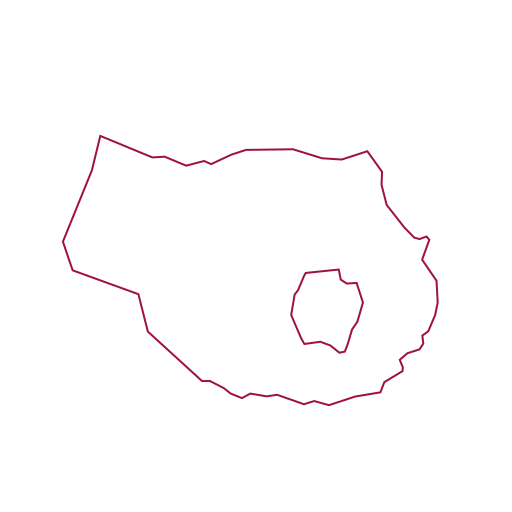 Tahoua, Tahoua, Niger (Robinson projection), rotated 21°
{"feature_id": "23599985B71026362524800", "entity_name": "Tahoua", "entity_type": "district", "adm_level": 2, "iso_a3": "NER", "parent_name": "Niger", "parent_adm1": "Tahoua", "projection": "robinson", "projection_center": [5.148, 14.985], "detail": "fine", "context": "isolated", "style": "outline", "palette": "rose", "viewbox_px": 512, "rotation_deg": 21, "n_neighbors": 0, "source": "geoboundaries", "source_scale": "gbopen_adm2", "svg_char_len": 1037}
<svg xmlns="http://www.w3.org/2000/svg" viewBox="0 0 512 512"><g transform="rotate(21 256 256)"><path d="M257.5,389.2L273.4,390.9L281.6,393.5L293.8,393.7L300.0,386.5L316.2,383.2L325.5,378.0L353.9,377.2L362.2,370.6L377.6,369.1L398.9,351.7L421.0,338.7L421.0,327.8L434.0,311.0L433.1,307.5L427.4,301.4L432.3,292.4L442.1,284.6L443.6,277.9L439.8,270.6L443.8,264.6L444.4,246.8L442.3,234.3L433.4,214.4L412.4,199.9L412.0,178.8L408.2,176.7L402.6,181.6L397.1,182.1L384.2,176.2L359.7,161.5L347.7,144.6L343.5,132.2L322.4,118.3L301.5,135.2L282.6,141.1L252.3,143.1L208.7,160.5L196.6,170.3L181.2,186.3L173.5,185.9L158.4,196.7L135.1,196.0L124.0,201.1L67.6,199.7L72.1,235.0L70.6,311.8L82.6,326.3L90.0,335.1L159.9,333.8L182.1,365.3L250.5,392.1L257.5,389.2ZM343.6,247.7L350.6,249.2L359.6,245.1L372.5,261.1L374.2,281.0L372.0,290.2L373.2,305.2L373.2,313.4L368.5,316.4L357.5,312.9L346.8,313.0L332.7,320.8L327.9,316.9L310.0,298.5L305.9,278.1L307.5,272.8L308.0,257.3L308.5,254.0L338.1,239.0L343.6,247.7Z" fill="none" stroke="#9f1239" stroke-width="2"/></g></svg>